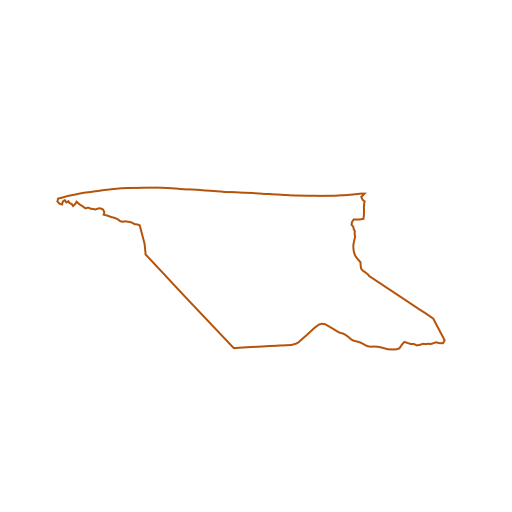 Quissamã, Rio de Janeiro, Brazil, rotated 199°
{"feature_id": "56859067B88241347773120", "entity_name": "Quissamã", "entity_type": "district", "adm_level": 2, "iso_a3": "BRA", "parent_name": "Brazil", "parent_adm1": "Rio de Janeiro", "projection": "mercator", "projection_center": [-41.42, -22.11], "detail": "fine", "context": "isolated", "style": "outline", "palette": "amber", "viewbox_px": 512, "rotation_deg": 199, "n_neighbors": 0, "source": "geoboundaries", "source_scale": "gbopen_adm2", "svg_char_len": 3429}
<svg xmlns="http://www.w3.org/2000/svg" viewBox="0 0 512 512"><g transform="rotate(199 256 256)"><path d="M173.7,350.3L176.7,349.3L179.9,347.8L182.1,346.8L184.1,345.8L186.8,344.6L189.4,343.5L191.3,342.6L193.4,341.8L196.1,340.8L198.9,339.5L201.8,338.4L204.0,337.6L205.9,336.9L208.2,336.1L210.2,335.4L212.1,334.7L214.1,334.0L217.8,332.8L220.9,331.8L222.9,331.1L225.5,330.2L227.8,329.5L230.0,328.7L232.4,328.0L235.5,327.0L238.4,326.0L240.4,325.5L242.3,324.8L244.2,324.3L246.3,323.8L248.3,323.2L250.3,322.6L252.6,322.0L254.8,321.4L257.4,320.6L260.6,319.7L263.4,319.0L266.4,318.0L269.3,317.1L271.7,316.6L274.8,315.7L277.9,314.9L280.3,314.3L283.5,313.3L287.1,312.2L289.9,311.3L292.3,310.7L295.0,309.9L297.2,309.3L299.3,308.7L301.9,307.8L304.3,307.0L306.5,306.3L309.0,305.8L311.5,305.2L313.5,304.6L316.5,303.9L320.0,302.9L322.7,302.2L325.3,301.4L328.2,300.7L331.6,299.9L334.1,299.2L336.6,298.5L338.9,297.8L341.0,297.2L344.2,296.1L347.6,295.2L350.0,294.5L352.0,294.2L354.3,293.5L356.3,293.0L359.2,292.2L362.1,291.4L365.0,290.5L367.8,289.7L370.3,288.9L372.8,288.1L375.0,287.3L377.7,286.4L381.3,285.1L384.6,283.9L388.2,282.6L391.0,281.5L392.9,280.9L395.1,280.1L397.7,279.1L400.0,278.3L402.8,277.2L405.9,276.0L408.4,274.8L411.3,273.5L414.6,272.0L417.8,270.4L420.2,269.4L422.9,268.0L425.5,266.6L427.6,265.5L429.6,264.6L431.6,263.5L433.6,262.5L435.9,261.4L438.5,260.2L441.0,258.8L444.1,257.0L447.2,255.1L449.5,253.8L452.1,252.3L454.3,251.0L456.1,249.6L458.6,247.9L461.8,245.9L461.5,242.9L458.9,241.5L456.1,241.6L456.4,244.6L454.9,246.5L452.7,244.9L451.2,246.7L449.6,245.3L447.3,245.2L445.2,243.7L443.8,246.5L443.3,248.9L439.8,247.4L435.8,246.5L432.9,245.5L430.4,247.1L427.5,246.9L425.3,247.5L423.1,247.6L421.2,249.2L418.9,250.4L415.9,250.2L413.7,248.2L413.5,245.5L411.3,245.7L408.9,245.8L405.5,245.7L402.5,246.0L398.8,245.8L395.7,244.7L393.4,244.9L390.9,246.2L387.3,246.9L384.6,247.2L381.1,246.6L378.5,247.2L376.0,247.2L365.4,231.4L364.4,229.3L363.1,226.4L361.9,223.8L360.9,221.5L338.0,209.4L310.6,194.8L247.1,161.7L243.5,163.1L241.1,164.2L239.1,165.0L236.0,166.3L234.0,167.1L232.1,167.9L229.4,169.0L226.2,170.2L222.8,171.6L219.3,173.0L215.6,174.6L213.4,175.5L210.8,176.5L208.6,177.3L205.2,178.8L203.1,179.6L200.9,180.4L198.8,181.3L196.7,182.1L193.7,183.3L189.5,186.2L187.7,188.3L184.7,193.6L182.5,197.4L181.3,199.6L178.3,205.3L176.8,207.9L174.2,211.6L171.6,213.4L168.7,214.0L165.1,213.4L162.2,212.8L159.2,212.2L156.5,211.6L153.0,210.8L150.5,210.8L148.2,211.0L145.3,210.5L142.5,209.6L138.8,208.1L135.9,207.7L133.6,207.9L131.1,208.2L127.5,208.0L123.9,207.3L120.9,207.0L117.6,207.7L114.7,208.9L111.4,209.8L108.8,210.2L106.2,210.4L103.2,210.6L100.7,210.8L98.3,211.5L95.9,212.3L93.0,213.4L90.4,215.3L89.2,219.7L87.7,223.1L84.3,223.1L80.9,223.2L78.2,224.2L74.9,223.8L72.2,225.3L69.6,227.3L66.9,227.9L64.7,229.1L62.5,229.5L60.3,230.9L57.8,233.0L54.0,233.3L50.8,234.4L50.2,237.7L68.0,254.5L74.7,256.4L77.3,257.1L84.1,258.7L93.3,261.1L105.5,264.3L122.9,268.8L129.1,270.4L136.4,272.3L140.1,273.3L142.1,273.7L143.9,274.9L147.2,276.1L150.2,276.9L152.3,278.1L153.7,280.5L155.1,284.0L158.8,286.2L161.3,287.8L162.9,289.2L165.1,292.3L166.6,295.4L167.6,298.4L168.2,302.7L168.5,306.3L170.0,309.2L170.6,311.6L172.4,313.3L173.6,315.4L175.8,316.6L176.3,319.3L175.5,322.4L173.1,323.1L169.4,324.5L166.5,326.1L167.1,329.0L168.4,333.4L169.7,336.9L170.6,340.0L171.1,343.0L173.5,343.9L175.7,346.2L173.7,350.3Z" fill="none" stroke="#b45309" stroke-width="2"/></g></svg>